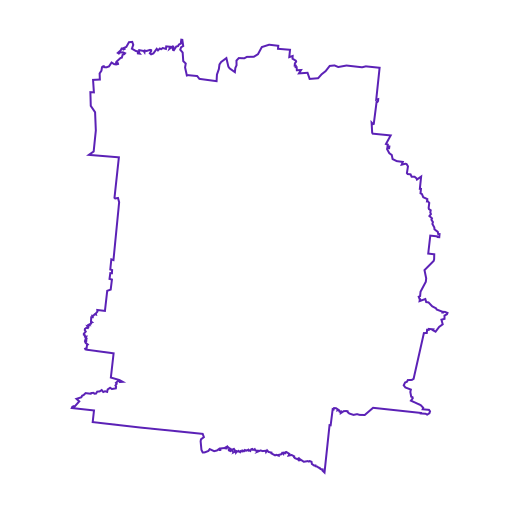 Moorabool, Victoria, Australia, rotated 88°
{"feature_id": "25037944B6902911043133", "entity_name": "Moorabool", "entity_type": "district", "adm_level": 2, "iso_a3": "AUS", "parent_name": "Australia", "parent_adm1": "Victoria", "projection": "albers", "projection_center": [144.318, -37.633], "detail": "fine", "context": "isolated", "style": "outline", "palette": "violet", "viewbox_px": 512, "rotation_deg": 88, "n_neighbors": 0, "source": "geoboundaries", "source_scale": "gbopen_adm2", "svg_char_len": 5932}
<svg xmlns="http://www.w3.org/2000/svg" viewBox="0 0 512 512"><g transform="rotate(88 256 256)"><path d="M37.2,323.1L39.5,323.5L39.8,322.1L40.4,322.2L42.0,325.7L43.5,326.6L43.9,328.4L47.5,330.9L47.2,331.7L45.5,332.1L45.2,331.3L43.8,331.4L43.6,331.9L45.9,335.2L43.9,334.4L43.4,338.4L45.9,338.8L44.9,341.9L46.0,343.6L45.3,344.9L47.1,346.8L45.5,348.0L50.0,351.5L50.8,353.8L49.7,355.0L47.5,353.6L46.6,353.6L46.3,354.7L47.3,358.3L46.8,360.0L48.5,360.3L47.2,361.1L46.2,365.5L48.7,365.8L49.7,365.1L49.4,367.0L47.3,367.1L46.9,369.0L44.5,372.8L40.7,371.3L37.7,372.2L37.9,375.5L42.5,378.3L43.5,380.9L44.5,380.2L45.0,381.3L43.9,382.2L43.9,383.0L45.7,384.0L48.2,387.0L48.9,386.0L47.9,385.0L47.8,381.8L48.8,379.8L49.7,380.6L50.1,382.2L53.1,383.2L53.4,384.5L57.0,388.7L57.8,389.0L58.5,387.3L59.3,387.2L59.7,389.1L59.3,391.1L57.6,393.6L61.4,396.3L62.2,398.9L62.0,401.2L61.0,401.5L61.1,402.2L61.9,403.3L65.4,404.0L68.1,405.9L74.2,405.9L74.3,412.7L86.8,412.3L86.5,415.8L100.2,415.9L106.7,411.8L125.0,411.7L145.9,414.6L149.1,419.5L152.6,389.6L192.9,395.4L193.6,394.7L193.2,391.9L197.5,390.9L255.1,398.6L254.3,400.7L264.4,402.1L265.0,400.3L268.2,400.6L268.0,402.2L273.8,403.2L274.5,400.8L284.5,402.4L285.6,405.9L305.6,408.9L304.4,416.5L306.0,416.4L308.0,418.2L308.9,418.0L308.5,419.1L310.1,420.8L310.0,421.7L311.5,421.4L311.5,422.8L315.6,423.2L316.5,422.2L316.7,423.2L317.8,423.2L318.9,425.7L319.4,425.2L319.4,426.0L320.6,426.0L320.4,426.7L321.3,426.1L322.2,426.6L321.8,427.9L322.9,429.5L324.1,429.7L325.6,428.8L327.7,430.8L328.7,430.8L329.2,429.8L330.6,429.8L330.6,428.5L331.3,429.0L332.4,428.2L333.0,428.7L332.4,429.0L334.5,429.7L335.5,429.2L334.9,428.6L335.9,428.7L336.0,428.1L335.9,429.7L336.9,429.4L337.3,430.0L337.0,429.1L338.6,427.2L339.2,428.0L342.1,428.5L342.7,430.0L343.4,429.7L343.8,428.2L348.3,401.7L372.4,405.3L375.2,396.8L377.1,393.6L377.2,396.5L375.9,397.0L376.6,398.9L377.9,400.4L378.9,399.7L380.5,401.0L381.7,400.4L383.4,400.7L383.9,404.7L382.6,406.4L384.2,408.9L386.6,409.5L385.9,411.6L386.6,413.4L384.6,414.9L385.9,417.0L386.0,419.4L387.9,420.7L388.0,422.3L387.1,423.1L387.2,425.5L387.9,425.9L387.1,431.1L389.0,433.2L389.5,434.6L391.1,435.5L392.5,440.4L395.1,437.7L400.0,442.4L399.7,443.4L400.3,444.8L401.5,445.4L404.7,423.3L416.3,425.0L423.4,377.6L431.9,315.5L435.2,314.4L437.3,317.4L439.3,317.8L447.8,317.3L450.5,316.1L450.5,314.2L449.2,310.4L447.4,309.0L449.6,304.6L449.0,301.8L447.5,299.6L448.6,299.2L448.6,298.4L447.1,298.2L446.8,294.1L445.9,292.4L447.2,292.9L447.3,292.2L445.9,290.8L448.0,288.5L448.8,290.0L449.3,289.9L450.0,288.5L448.4,287.7L450.1,286.5L448.5,286.1L448.0,284.8L449.8,283.7L451.2,284.7L450.5,283.1L451.8,282.9L450.4,281.8L450.8,280.8L450.2,280.2L451.5,278.7L450.4,278.0L450.8,276.9L450.0,276.5L450.7,275.7L449.7,274.3L450.4,274.0L449.7,272.9L450.2,272.1L449.3,270.4L450.3,269.9L450.0,269.2L450.6,268.5L448.9,267.4L448.7,266.4L449.6,265.9L449.6,264.8L449.0,264.0L450.4,263.3L450.7,260.7L451.7,261.5L450.5,258.1L451.2,256.3L451.0,253.1L452.2,252.8L450.6,251.7L452.3,250.3L453.0,247.4L453.8,247.5L455.9,243.9L455.4,242.7L456.3,240.4L455.6,240.5L455.1,237.8L453.7,236.7L454.9,235.5L453.6,235.1L454.1,233.6L453.1,233.4L452.9,232.6L454.9,229.6L456.6,230.4L456.1,227.4L457.6,224.8L458.4,225.0L459.4,224.1L460.4,221.9L459.9,220.8L460.9,221.0L461.8,220.2L461.6,219.1L460.5,219.3L463.3,215.4L462.8,211.4L463.3,210.3L462.8,209.5L463.6,207.7L465.8,207.4L467.4,205.3L467.4,203.9L468.2,203.8L468.7,202.0L469.8,200.8L469.9,199.8L471.2,199.0L471.6,196.9L472.7,197.1L474.8,195.1L427.6,188.4L427.8,187.3L411.7,184.7L412.1,183.8L410.7,183.3L410.9,181.4L412.0,179.8L413.0,180.0L412.6,179.1L413.4,178.1L415.0,178.2L414.1,177.8L414.8,177.4L414.5,176.7L416.0,176.8L414.1,173.7L414.1,170.8L414.4,169.8L415.3,169.8L416.7,168.2L418.2,164.1L417.6,160.5L418.4,158.0L418.7,152.9L411.8,144.3L418.6,96.7L419.1,96.8L419.6,91.9L420.5,90.5L419.2,88.2L417.3,87.5L415.8,88.5L415.0,94.8L413.5,94.2L410.8,96.6L406.0,106.2L403.6,104.3L402.6,104.5L402.0,105.8L397.3,106.5L394.9,105.9L392.6,111.3L390.4,112.9L387.6,111.4L387.0,109.6L385.3,108.6L385.3,104.6L384.3,102.8L338.9,90.9L338.9,88.0L335.7,87.6L335.9,86.0L334.9,85.9L335.5,81.4L336.3,81.9L337.9,79.2L333.2,75.4L330.8,71.8L326.1,72.9L325.4,69.8L322.1,69.7L320.9,67.2L319.6,66.6L318.5,69.0L318.3,70.9L319.0,71.0L319.0,71.7L318.2,71.6L315.8,77.3L314.6,77.9L312.4,81.7L308.4,85.2L308.0,87.5L304.9,88.3L306.8,94.1L305.5,93.8L304.6,92.7L305.1,93.9L302.4,94.8L301.8,93.4L297.4,92.8L287.7,87.2L284.3,86.7L276.0,88.1L267.1,78.6L265.5,78.1L260.5,77.8L259.6,83.8L241.7,81.1L242.7,74.2L243.4,73.9L243.6,72.2L240.5,71.8L240.4,73.1L238.2,73.5L235.6,76.7L233.7,76.8L230.1,78.6L228.3,78.0L225.9,79.4L224.5,78.8L222.1,81.3L220.2,79.7L218.5,80.3L216.4,79.8L215.2,81.5L214.0,81.8L209.0,81.0L207.2,82.5L207.3,83.2L205.1,82.8L203.1,86.8L199.9,88.0L199.1,89.4L194.7,88.8L194.6,89.9L182.4,88.2L185.2,92.5L184.0,92.9L182.3,94.8L182.2,97.7L179.8,98.7L179.4,101.6L178.4,102.3L171.7,101.0L169.4,102.3L169.0,103.4L169.8,107.2L167.1,106.0L166.1,112.0L163.9,116.1L159.8,116.8L157.9,119.2L153.7,121.3L152.6,121.0L152.9,119.2L151.2,118.9L150.9,120.7L149.3,120.4L148.6,122.2L140.2,117.2L137.8,135.1L136.8,135.6L126.7,135.8L128.3,134.4L128.1,133.7L106.2,130.1L106.3,129.3L105.3,128.6L103.5,128.4L104.0,130.4L72.2,125.9L70.3,139.6L71.1,143.4L68.8,158.9L70.0,167.2L68.3,170.9L68.6,175.7L73.7,180.0L76.7,184.1L80.5,187.7L80.9,196.2L74.7,198.1L75.0,206.7L71.7,204.5L71.8,208.7L68.7,208.8L68.6,209.8L67.2,209.6L67.1,210.7L64.8,210.4L63.2,209.1L62.2,209.4L60.1,212.6L57.4,212.4L58.4,215.8L51.1,214.8L49.7,226.8L46.7,226.4L45.3,235.5L47.4,242.9L54.4,247.0L56.8,251.2L56.7,258.2L58.0,260.8L57.6,266.3L60.0,268.7L64.7,268.8L67.4,270.1L71.5,270.7L67.6,275.8L65.8,277.0L57.2,278.7L60.9,284.1L63.3,285.8L67.9,286.6L73.3,288.7L79.9,289.3L77.0,306.4L74.1,308.5L72.9,317.5L73.2,318.8L65.1,320.3L61.2,319.5L58.7,321.9L50.1,322.2L47.2,324.5L44.8,323.6L43.6,321.4L37.4,322.1L37.2,323.1Z" fill="none" stroke="#5b21b6" stroke-width="2"/></g></svg>